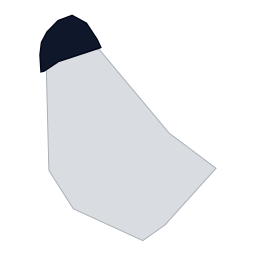 Barbados, with Saint Lucy highlighted
{"feature_id": "BRB-1995", "entity_name": "Saint Lucy", "entity_type": "Parish", "adm_level": 1, "iso_a3": "BRB", "parent_name": "Barbados", "parent_adm1": "", "projection": "orthographic", "projection_center": [-59.624, 13.309], "detail": "fine", "context": "in_parent", "style": "filled", "palette": "ink", "viewbox_px": 256, "rotation_deg": 0, "n_neighbors": 0, "source": "natural_earth", "source_scale": "10m", "svg_char_len": 428}
<svg xmlns="http://www.w3.org/2000/svg" viewBox="0 0 256 256"><path d="M165.0,224.9L142.8,240.6L73.3,208.8L48.9,170.4L45.8,48.4L88.6,36.8L169.2,133.2L216.0,168.3L165.0,224.9Z" fill="#d9dde1" stroke="#a8b0b8" stroke-width="1"/><path d="M41.0,71.8L40.0,54.8L41.5,42.4L47.0,32.0L58.1,20.6L72.1,15.4L86.4,23.2L97.0,39.3L100.8,47.4L100.1,47.8L58.4,61.5L44.0,71.1L41.0,71.8Z" fill="#0f172a" stroke="#020617" stroke-width="1.5"/></svg>